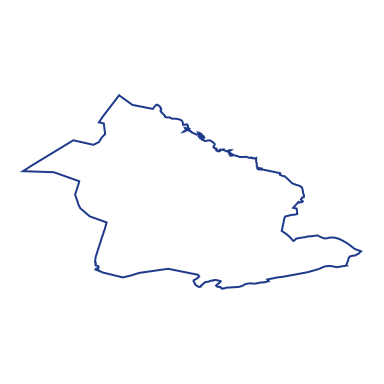 Hol nor, Buskerud, Norway (Natural Earth projection)
{"feature_id": "86288312B33339816949909", "entity_name": "Hol nor", "entity_type": "district", "adm_level": 2, "iso_a3": "NOR", "parent_name": "Norway", "parent_adm1": "Buskerud", "projection": "natural_earth1", "projection_center": [8.123, 60.604], "detail": "fine", "context": "isolated", "style": "outline", "palette": "blue", "viewbox_px": 384, "rotation_deg": 0, "n_neighbors": 0, "source": "geoboundaries", "source_scale": "gbopen_adm2", "svg_char_len": 5842}
<svg xmlns="http://www.w3.org/2000/svg" viewBox="0 0 384 384"><path d="M119.1,95.3L102.8,116.6L98.9,122.4L103.8,123.4L105.1,134.1L102.7,136.5L101.2,138.3L98.9,142.1L93.4,144.8L73.3,140.3L31.8,165.5L23.0,171.2L53.7,172.2L79.2,181.2L78.9,182.8L75.1,194.7L77.8,202.3L78.1,203.8L80.2,208.2L89.8,216.4L106.6,222.4L104.9,228.6L104.4,230.3L104.0,231.1L102.8,235.0L102.5,235.6L95.6,257.2L95.1,262.3L95.5,262.6L95.4,262.7L95.5,263.0L95.8,263.7L95.6,264.0L95.6,264.3L95.4,264.5L95.4,264.9L95.5,265.1L96.2,265.6L97.5,265.8L97.8,266.0L97.9,266.4L98.4,266.4L98.5,266.6L98.4,266.7L98.5,267.4L98.4,267.5L98.5,267.8L98.3,268.1L97.7,268.5L96.1,268.7L96.1,268.9L95.8,269.3L96.1,269.3L96.1,269.5L96.8,269.7L97.0,269.9L96.8,269.8L96.8,270.0L97.4,269.9L97.5,270.0L97.7,269.9L97.8,269.8L98.3,270.0L98.6,270.3L98.6,270.7L99.2,270.8L99.4,271.2L100.1,271.3L101.4,271.8L102.4,272.4L122.7,277.4L130.3,275.7L139.2,272.9L168.2,268.8L198.1,274.8L199.2,276.6L196.4,278.9L193.7,280.3L193.5,281.3L194.8,283.2L194.8,284.0L195.8,285.0L197.5,286.2L199.0,287.0L200.2,286.8L200.7,286.5L200.8,286.3L201.0,286.3L201.3,285.9L201.3,285.5L201.6,285.2L201.7,284.9L203.1,284.1L203.7,283.5L204.3,282.7L205.0,282.5L205.5,282.1L208.8,281.6L210.4,280.8L210.9,280.7L211.6,280.6L213.0,280.7L213.7,280.1L215.5,280.0L218.0,280.4L219.5,280.9L220.7,281.2L220.7,281.5L219.5,282.7L219.2,282.8L218.8,283.3L216.3,285.2L216.1,285.7L216.9,286.4L217.3,286.6L218.4,287.0L218.9,286.7L219.9,286.9L221.0,287.5L221.2,288.2L221.9,288.4L222.3,288.7L222.8,288.6L223.3,288.6L223.8,288.3L224.1,288.4L224.8,288.2L226.3,287.7L239.0,286.9L243.0,285.6L245.0,284.2L249.7,283.3L255.0,283.7L261.2,282.4L262.6,282.5L265.4,282.1L268.7,281.1L267.3,279.5L276.9,277.5L283.4,276.7L307.7,272.2L318.6,269.1L324.8,266.4L330.5,265.9L336.6,267.2L341.7,266.4L342.9,266.1L343.6,266.1L346.9,265.5L346.3,264.9L347.9,260.9L348.6,258.4L349.6,256.6L352.7,255.7L355.3,255.5L355.9,255.1L356.7,254.4L357.6,254.2L358.0,254.1L361.0,251.3L354.6,248.9L350.3,245.5L347.1,243.2L342.5,240.6L340.6,239.6L338.0,238.6L335.9,237.9L333.9,237.6L330.1,237.5L326.9,238.3L324.3,238.4L321.1,237.2L317.4,235.4L312.0,236.2L308.4,236.4L304.0,237.4L302.8,237.4L296.2,238.6L294.9,240.0L293.3,241.0L290.1,237.3L287.2,234.7L281.7,230.9L283.8,221.4L283.8,220.6L284.5,217.9L285.2,216.5L291.1,215.0L295.5,214.5L297.2,214.0L296.7,208.6L293.2,207.8L298.3,202.1L298.5,202.5L298.9,202.6L299.2,202.5L299.2,202.3L301.8,202.2L302.5,201.8L302.8,201.3L302.7,201.2L302.4,201.2L301.7,201.5L301.5,201.1L301.5,200.4L301.5,200.1L300.9,199.3L301.4,198.8L301.5,198.5L302.2,197.8L302.2,197.5L303.8,197.2L303.9,196.2L304.0,195.7L304.0,195.2L303.6,194.4L303.0,192.7L303.0,191.5L302.2,188.1L301.4,186.9L299.6,185.9L295.2,184.5L292.2,183.3L287.5,178.8L284.5,176.1L283.2,176.1L282.4,175.9L281.9,175.5L280.2,175.0L279.9,174.7L280.1,174.5L280.0,174.3L280.0,173.9L280.2,173.2L263.0,169.6L258.1,169.3L258.0,169.2L259.4,169.1L260.3,168.7L261.7,168.8L261.7,168.5L259.4,168.2L257.2,167.2L256.7,166.1L256.8,164.6L256.6,162.7L256.1,161.5L256.2,160.4L256.0,158.4L256.1,158.0L254.5,158.4L254.1,158.3L253.2,158.5L253.0,158.3L252.8,158.1L251.9,158.0L252.0,157.9L251.9,157.8L252.0,157.6L251.9,157.5L250.1,157.7L249.8,157.9L249.5,157.8L248.8,157.8L248.5,157.6L247.8,157.4L247.6,157.2L247.3,157.1L247.2,157.0L247.4,156.9L247.1,157.0L246.8,156.8L243.6,157.0L239.7,157.0L236.5,155.8L233.6,155.2L230.4,155.8L229.4,154.2L231.6,153.9L227.9,151.6L230.4,150.5L230.9,150.2L229.6,150.1L228.8,150.5L227.9,150.8L227.8,151.0L226.6,151.0L226.1,151.3L224.3,150.1L224.1,149.6L224.0,149.4L223.4,149.4L223.4,149.6L223.5,149.8L223.4,150.0L223.1,149.9L222.9,149.7L222.4,149.8L222.3,149.6L221.2,150.0L220.3,149.5L220.1,149.6L220.2,150.1L219.7,150.2L219.9,150.6L219.9,150.9L219.5,150.9L219.3,151.2L219.1,151.3L217.9,151.3L217.2,150.8L216.8,150.8L216.4,150.5L216.3,150.1L216.9,150.2L217.1,150.2L216.9,149.9L216.1,149.7L216.1,149.2L216.4,149.0L216.4,148.7L216.1,148.7L215.6,148.4L214.8,148.3L214.1,147.6L213.9,147.6L213.6,147.4L213.4,146.8L214.6,144.9L214.7,144.2L214.6,143.9L214.2,143.3L213.3,142.5L210.8,140.8L210.0,140.4L208.3,140.4L205.0,141.1L203.0,139.8L202.0,139.8L201.7,139.4L202.1,139.5L202.1,139.4L201.8,138.4L201.6,138.0L200.4,138.3L200.2,138.3L200.0,137.7L198.8,136.6L199.4,136.1L200.0,136.0L200.1,135.6L200.3,135.5L200.6,135.5L200.7,135.8L200.5,136.3L200.2,136.7L200.1,136.8L200.3,136.9L201.1,136.8L201.5,137.3L202.5,137.6L203.4,138.1L203.6,138.1L203.9,137.9L203.7,137.7L203.8,137.6L203.7,137.3L204.0,137.1L203.6,136.7L203.6,136.3L203.4,136.2L201.2,134.5L201.4,134.1L199.3,132.8L199.1,132.9L198.2,132.6L198.4,133.0L198.7,133.7L198.9,133.7L198.9,133.3L199.1,133.4L199.3,134.6L199.2,134.8L198.8,134.8L197.8,134.2L197.6,134.2L197.3,134.3L197.0,134.7L196.8,134.7L192.2,132.5L191.9,132.5L191.0,131.8L191.0,131.6L190.7,131.5L190.5,131.1L189.3,130.8L188.0,130.2L187.6,130.2L187.2,130.2L187.0,129.9L186.7,129.7L185.0,131.3L184.4,131.4L183.8,131.7L183.4,131.8L183.8,131.4L184.6,131.2L185.9,130.2L185.6,129.9L185.7,129.2L185.3,128.6L184.9,127.9L185.3,127.9L186.0,128.8L186.3,128.7L186.0,128.4L187.2,128.4L187.2,128.9L187.8,129.4L187.7,129.5L188.3,129.7L188.3,129.9L188.5,130.2L188.9,130.3L189.1,130.1L189.1,129.7L188.8,129.1L189.4,129.0L189.5,128.8L189.2,128.6L188.7,128.7L188.0,128.4L188.1,127.6L187.7,126.7L188.0,126.2L188.0,125.9L187.7,125.4L187.2,125.0L187.2,124.6L187.0,124.3L183.2,125.0L182.5,121.6L182.3,121.2L181.7,120.5L180.4,119.8L179.4,119.5L178.1,119.1L175.2,118.7L172.1,118.7L170.0,117.6L169.1,117.4L165.9,117.3L165.4,117.2L165.1,116.8L165.1,116.1L164.9,116.0L164.8,115.7L163.8,114.9L163.7,114.4L163.4,114.1L162.6,113.6L162.2,112.9L161.6,112.6L161.2,112.1L161.3,111.8L160.5,111.0L160.6,110.2L161.3,109.3L161.2,109.0L160.6,108.4L160.7,108.0L160.6,107.6L159.7,106.3L159.3,105.9L158.4,105.6L157.7,104.8L156.3,104.8L154.8,106.3L152.8,108.9L132.4,104.9L119.1,95.3Z" fill="none" stroke="#1e3a8a" stroke-width="2"/></svg>